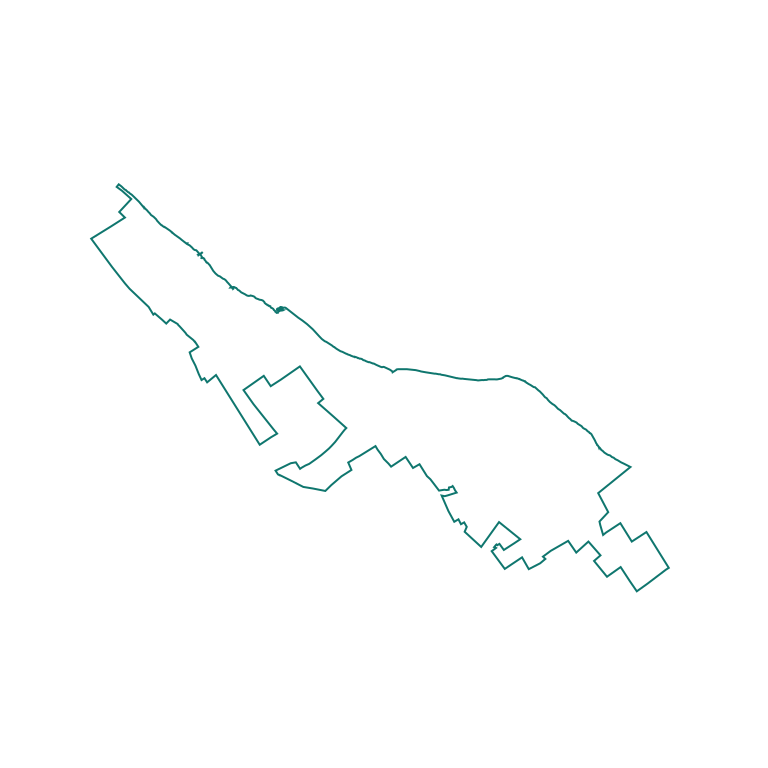 outline of Dzilam de Bravo, Yucatán, Mexico, rotated 51°
{"feature_id": "50627088B84511814526600", "entity_name": "Dzilam de Bravo", "entity_type": "district", "adm_level": 2, "iso_a3": "MEX", "parent_name": "Mexico", "parent_adm1": "Yucatán", "projection": "natural_earth1", "projection_center": [-88.729, 21.441], "detail": "fine", "context": "isolated", "style": "outline", "palette": "teal", "viewbox_px": 768, "rotation_deg": 51, "n_neighbors": 0, "source": "geoboundaries", "source_scale": "gbopen_adm2", "svg_char_len": 6079}
<svg xmlns="http://www.w3.org/2000/svg" viewBox="0 0 768 768"><g transform="rotate(51 384 384)"><path d="M603.6,244.7L596.9,247.7L594.0,249.1L590.3,250.4L588.0,251.5L585.8,251.9L584.3,252.8L582.1,253.2L581.4,253.5L580.4,254.3L579.4,254.8L576.0,255.9L573.2,256.2L572.4,256.6L569.8,256.5L569.6,256.7L569.3,256.5L568.4,256.6L568.6,256.9L568.0,256.7L566.2,256.5L565.6,256.8L564.6,256.4L563.7,256.4L560.6,255.6L553.5,254.4L552.1,254.6L551.7,255.0L550.0,255.0L548.9,255.5L546.8,255.6L544.0,256.8L543.2,257.0L541.1,257.0L536.8,258.5L535.2,258.6L532.8,259.7L530.8,260.9L530.6,261.2L528.4,261.3L526.9,261.7L524.5,261.9L523.1,261.9L521.1,262.3L520.3,262.8L515.1,263.6L512.8,264.4L509.8,264.6L507.7,264.9L505.5,265.7L502.3,266.4L499.7,266.6L497.3,266.5L495.9,267.1L495.1,267.2L492.1,267.2L487.6,267.6L486.3,268.0L481.5,268.7L480.6,269.6L476.9,270.8L474.6,271.8L473.6,272.0L472.7,272.5L470.8,272.6L470.7,273.0L470.0,273.1L469.8,273.3L468.7,273.8L468.6,274.0L465.8,275.5L465.4,275.5L465.2,275.9L463.5,276.8L463.3,277.2L462.5,277.6L462.3,278.0L459.2,280.3L455.7,282.6L455.0,283.4L454.4,284.3L454.0,286.6L453.9,287.5L454.1,287.7L453.6,289.5L451.5,293.4L450.0,295.1L446.5,299.4L445.7,300.6L445.6,301.3L445.3,301.8L444.4,302.9L443.7,304.1L442.5,305.5L440.4,308.7L439.2,309.7L430.6,318.4L429.3,319.6L428.3,320.9L426.2,322.9L425.8,323.1L425.5,323.6L415.6,331.2L412.8,333.7L411.8,334.2L410.9,335.3L408.4,337.4L407.9,338.1L401.5,343.9L397.6,347.3L396.4,348.1L393.2,350.6L386.9,356.9L382.0,362.9L381.2,364.0L380.6,365.1L380.8,365.6L380.3,369.9L380.1,369.8L379.0,369.7L376.4,370.5L370.9,373.2L370.2,373.8L369.7,375.0L368.5,375.8L364.4,377.9L361.6,379.1L361.3,379.6L357.9,381.5L357.4,382.2L355.2,383.5L353.5,384.2L352.4,385.1L351.1,385.3L349.7,386.1L349.1,386.9L347.5,387.7L347.4,388.0L346.2,388.4L344.4,389.6L344.5,389.8L344.1,389.9L343.7,390.4L341.2,391.9L340.7,392.0L337.8,393.8L337.2,393.9L336.6,394.4L332.8,396.1L331.1,397.2L327.2,398.6L325.1,399.2L324.1,399.3L323.4,399.8L321.3,400.2L315.0,402.3L313.5,403.1L309.9,404.0L306.5,404.3L296.7,404.9L289.1,406.1L283.2,407.5L278.5,408.9L263.2,412.4L262.4,412.8L261.6,413.8L261.2,414.5L260.0,415.0L259.0,416.0L259.0,416.4L260.0,415.7L260.4,415.7L261.2,414.8L261.5,414.9L261.6,415.2L260.7,416.2L259.6,417.0L259.4,417.7L258.9,418.1L258.4,419.2L258.4,419.9L258.6,420.1L258.8,418.9L259.5,418.1L259.2,420.4L259.3,421.0L259.5,420.0L259.7,419.5L260.5,419.0L260.8,418.0L263.2,415.8L263.1,416.3L261.5,418.9L261.4,420.8L261.5,421.4L261.8,421.6L261.4,422.3L261.0,422.0L260.5,422.7L260.1,422.6L259.7,422.9L259.3,422.6L258.8,422.8L257.7,422.8L257.3,423.0L255.9,422.8L254.6,423.2L253.8,423.7L252.9,423.8L252.1,423.4L251.0,424.0L250.9,424.3L250.3,424.3L250.0,424.5L249.8,424.5L249.4,425.0L248.3,425.0L247.7,425.4L245.9,425.7L245.0,425.4L243.0,425.6L241.7,426.3L240.0,427.8L239.1,428.2L237.5,429.2L236.5,429.7L234.6,429.8L233.1,430.6L231.2,432.0L231.1,432.7L230.0,434.1L228.8,434.9L226.9,435.5L222.9,437.3L220.2,437.7L219.1,438.3L216.4,438.4L215.8,438.9L214.7,439.2L213.7,440.1L213.4,440.8L213.9,441.2L214.1,440.8L214.8,440.9L215.1,441.1L215.1,441.4L214.3,441.0L214.0,441.5L213.3,441.1L213.0,441.2L212.6,441.7L212.6,442.3L212.4,442.6L212.1,441.4L207.2,441.6L206.6,441.7L203.7,441.7L202.1,442.1L200.7,442.9L197.1,443.8L195.4,444.8L192.1,445.4L188.6,445.5L181.7,444.6L180.8,444.8L179.8,444.7L178.1,445.1L178.1,446.2L177.8,445.4L175.5,445.2L174.4,445.3L173.7,444.9L172.9,445.1L172.6,445.0L172.0,445.4L171.2,445.6L171.1,445.8L171.4,446.4L171.2,446.5L171.0,445.6L168.1,445.2L167.5,444.6L167.5,442.8L167.3,442.8L167.2,446.9L167.2,447.6L166.9,447.9L167.1,447.2L166.7,446.9L166.5,447.0L166.5,446.7L167.0,445.5L162.0,445.7L160.8,446.7L159.5,447.2L157.1,447.3L153.9,447.8L152.2,448.6L150.9,448.9L150.8,448.4L150.7,448.5L150.8,449.1L144.8,450.5L142.6,450.9L136.2,452.7L133.3,453.2L133.3,453.4L132.6,453.5L132.5,453.3L129.8,453.9L123.8,455.7L123.8,456.0L123.0,456.3L121.1,456.8L120.6,456.8L120.3,457.1L117.7,457.4L115.7,457.5L114.5,457.6L112.5,457.4L109.1,457.8L106.0,458.7L103.8,458.6L102.4,458.8L99.2,458.9L98.6,459.1L97.7,459.1L96.9,459.7L96.4,459.2L96.2,459.2L96.5,459.5L96.3,459.6L88.2,459.7L78.2,460.9L75.6,461.7L74.8,461.6L74.0,462.1L71.4,462.6L71.0,462.5L70.3,462.9L69.3,463.2L65.2,463.7L61.9,464.5L62.6,467.7L69.0,466.0L81.2,464.0L83.7,481.5L91.6,480.6L89.7,497.3L86.8,520.1L122.1,521.7L142.8,522.0L149.8,521.8L176.0,518.4L184.9,519.6L184.9,517.7L194.4,516.0L200.0,515.2L199.3,509.7L207.0,506.8L207.8,506.6L209.0,506.8L209.8,506.6L216.8,506.2L219.5,506.1L221.5,506.3L229.9,504.5L232.4,504.5L232.4,504.3L238.3,504.9L237.1,515.1L243.1,517.3L251.1,519.0L259.7,521.7L266.1,523.3L266.5,519.9L271.4,520.4L271.3,508.9L353.0,518.8L354.3,505.1L355.3,498.3L350.0,498.4L317.5,498.1L300.3,497.0L302.0,472.3L314.4,473.4L315.7,461.4L317.4,438.3L347.5,440.1L357.4,440.5L357.4,447.2L377.9,443.7L394.5,441.0L394.8,443.4L395.3,445.8L398.3,458.4L399.1,463.8L399.5,467.3L399.7,472.4L399.8,477.5L399.5,484.6L399.0,492.4L397.9,496.4L397.2,500.8L397.1,502.6L389.4,501.8L386.9,506.3L383.1,522.8L387.5,523.3L389.3,522.5L389.2,522.3L401.2,516.8L413.2,511.5L420.5,505.0L430.2,496.9L429.4,488.6L429.0,475.1L430.3,463.4L422.5,461.2L423.3,456.2L423.7,452.1L424.5,448.6L426.9,429.7L431.0,430.3L436.4,430.5L442.2,431.3L448.6,430.6L452.7,430.5L454.3,413.1L467.5,414.3L468.7,406.9L482.6,408.6L487.2,407.9L501.5,408.3L504.1,403.7L505.8,402.1L506.9,400.3L505.3,398.6L506.5,396.3L506.5,394.9L508.7,395.1L511.3,395.7L514.1,395.9L510.6,404.7L509.4,407.4L507.0,409.4L523.3,413.9L535.3,416.1L536.0,411.3L541.4,412.4L542.0,408.8L547.1,409.6L549.6,414.3L571.8,411.0L563.7,381.5L590.4,375.8L589.7,383.3L588.4,395.3L580.9,394.9L580.6,397.3L579.5,397.5L579.5,398.1L580.1,401.0L581.0,400.4L581.9,400.1L581.7,405.5L603.7,406.5L605.6,385.8L619.0,388.0L621.6,375.5L621.5,368.7L618.2,369.1L618.6,359.4L621.8,339.6L636.0,340.7L635.1,324.3L653.4,323.6L653.7,332.1L674.1,332.0L675.2,315.3L691.8,317.0L704.2,318.0L705.0,304.8L705.7,281.9L706.1,278.4L664.2,273.2L662.4,290.6L640.9,287.9L639.2,304.8L639.2,308.7L629.7,304.7L626.5,303.1L624.7,290.4L603.6,286.2L603.6,244.7Z" fill="none" stroke="#0f766e" stroke-width="2"/></g></svg>